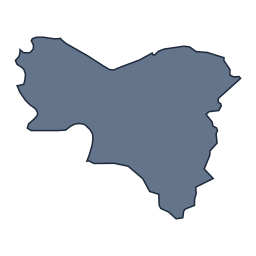 South Lanarkshire, Natural Earth projection
{"feature_id": "GBR-2010", "entity_name": "South Lanarkshire", "entity_type": "Unitary District", "adm_level": 1, "iso_a3": "GBR", "parent_name": "United Kingdom", "parent_adm1": "", "projection": "natural_earth1", "projection_center": [-3.869, 55.56], "detail": "fine", "context": "isolated", "style": "filled", "palette": "slate", "viewbox_px": 256, "rotation_deg": 0, "n_neighbors": 0, "source": "natural_earth", "source_scale": "10m", "svg_char_len": 1324}
<svg xmlns="http://www.w3.org/2000/svg" viewBox="0 0 256 256"><path d="M93.9,163.5L88.7,160.8L86.9,161.2L89.3,154.8L92.0,145.7L92.8,140.7L92.8,134.6L90.1,129.6L84.6,124.5L79.9,123.5L74.8,124.0L70.1,126.5L65.7,130.1L57.5,130.6L43.0,130.6L36.3,130.6L31.2,130.6L27.3,128.1L28.5,124.0L34.7,118.5L37.5,114.9L37.5,112.4L35.6,108.9L30.1,104.9L25.8,100.8L19.9,92.3L17.1,85.7L20.3,85.2L23.8,84.1L24.9,79.9L25.5,74.2L23.8,69.3L21.4,67.1L17.0,64.3L15.4,60.4L16.7,59.0L18.9,56.6L20.0,52.7L20.0,49.7L20.6,50.2L23.6,52.7L29.9,52.7L33.2,49.1L33.5,45.3L31.3,40.7L32.4,38.6L36.5,37.2L43.1,37.2L54.9,38.9L60.7,38.4L60.7,39.0L65.7,43.3L87.3,55.6L102.2,65.2L109.3,69.5L113.5,70.0L122.6,66.3L139.7,59.9L152.2,53.0L152.8,54.7L154.7,54.9L158.6,51.2L164.0,49.1L184.0,46.2L189.6,46.9L196.1,51.6L207.1,52.4L224.0,57.7L223.9,60.5L230.0,69.6L229.8,74.9L233.3,76.8L239.1,76.6L240.6,78.4L218.5,98.3L218.1,102.1L220.5,103.5L221.3,105.9L218.9,110.5L208.9,111.7L206.1,114.5L212.3,122.1L212.8,126.0L216.5,127.9L217.5,130.4L216.1,133.9L217.1,143.1L210.0,150.8L209.8,155.3L204.2,169.0L213.2,178.5L195.7,187.2L196.2,193.6L194.6,198.9L194.5,205.4L185.3,209.0L183.7,211.2L182.8,217.8L176.1,218.8L168.6,212.0L160.7,208.4L159.1,205.0L158.8,194.3L149.7,191.5L142.8,178.7L128.1,166.2L114.3,163.3L93.9,163.5Z" fill="#64748b" stroke="#1e293b" stroke-width="1.5"/></svg>